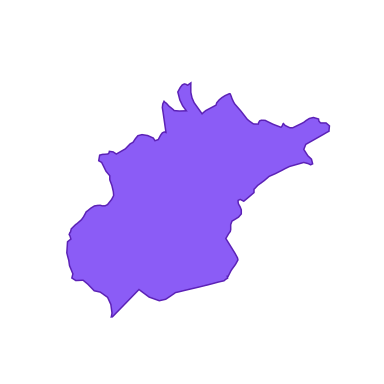 outline of Tamy Al-Amdid, Ad Daqahliyah, Egypt, rotated 139°
{"feature_id": "37247803B352337860507", "entity_name": "Tamy Al-Amdid", "entity_type": "district", "adm_level": 2, "iso_a3": "EGY", "parent_name": "Egypt", "parent_adm1": "Ad Daqahliyah", "projection": "equal_earth", "projection_center": [31.578, 30.948], "detail": "fine", "context": "isolated", "style": "filled", "palette": "violet", "viewbox_px": 384, "rotation_deg": 139, "n_neighbors": 0, "source": "geoboundaries", "source_scale": "gbopen_adm2", "svg_char_len": 2992}
<svg xmlns="http://www.w3.org/2000/svg" viewBox="0 0 384 384"><g transform="rotate(139 192 192)"><path d="M334.9,150.7L334.0,150.0L313.6,151.7L296.0,153.2L295.7,151.8L293.3,140.8L288.0,131.4L282.2,128.3L276.8,127.6L270.4,126.9L268.2,125.7L261.8,122.4L248.5,115.4L237.3,109.7L230.9,106.6L226.1,104.0L225.0,104.0L223.9,104.0L221.7,103.6L220.7,105.2L220.2,104.6L214.3,107.0L212.1,107.6L206.8,108.8L204.0,109.8L201.9,110.6L200.9,112.4L199.8,117.4L198.3,126.6L197.3,132.8L197.0,134.7L191.7,136.5L189.0,137.1L187.4,138.3L184.2,142.0L180.9,143.8L177.7,143.2L173.4,142.5L169.2,143.1L166.5,146.2L165.4,149.3L164.8,152.4L163.8,154.2L162.7,155.4L160.5,154.8L159.0,151.1L156.8,151.0L149.3,150.9L149.2,150.9L145.6,150.9L143.4,153.4L142.4,153.4L138.1,153.9L129.5,153.2L123.6,153.2L117.8,151.4L117.2,151.2L109.7,149.3L106.5,148.6L101.7,147.3L88.3,141.0L85.7,137.2L84.6,134.7L82.5,134.1L81.9,135.2L80.3,138.4L80.8,143.4L79.7,150.8L74.9,153.3L54.7,149.2L51.9,148.7L48.7,148.0L48.2,148.6L44.9,151.7L45.1,153.3L45.5,156.1L49.7,159.8L49.7,162.3L48.6,164.1L51.5,168.6L55.2,170.5L58.9,171.1L61.6,171.2L64.3,171.8L69.1,173.1L73.9,174.4L76.0,176.3L77.1,178.8L78.1,181.3L78.1,183.7L78.7,183.7L79.7,183.1L81.3,182.5L82.4,182.5L83.2,184.0L86.1,189.4L86.7,190.7L88.8,195.6L89.8,198.1L92.5,200.6L94.1,201.3L96.2,200.7L97.4,199.8L97.8,200.1L100.5,202.6L101.0,203.2L102.1,207.6L102.4,209.4L102.6,210.7L102.0,221.2L102.0,224.3L102.0,230.5L101.5,233.0L100.4,236.7L99.8,238.0L98.8,241.0L99.3,241.7L101.4,242.3L103.6,243.0L107.3,243.6L111.0,243.7L114.8,243.1L116.9,241.8L125.5,243.8L128.1,244.4L131.3,244.5L133.1,244.4L131.8,258.1L130.2,263.1L127.5,268.0L123.2,273.0L122.1,274.2L121.3,275.1L125.3,275.5L125.9,277.3L126.9,278.6L129.1,279.2L132.3,278.6L137.1,276.8L140.8,269.4L142.5,263.2L143.0,257.0L148.4,261.4L152.1,265.2L152.1,266.4L152.6,269.5L153.1,272.0L153.1,275.7L153.6,277.6L153.6,278.8L156.3,277.6L159.0,275.2L161.7,270.9L172.6,254.0L173.5,255.5L175.6,256.1L178.3,255.5L183.1,253.7L186.3,255.0L185.8,258.1L188.4,263.7L192.1,268.1L195.9,270.0L199.6,269.4L203.9,268.2L207.1,268.9L214.1,268.3L224.2,270.3L225.2,274.0L227.7,276.9L229.0,275.9L230.6,275.9L231.6,276.6L233.2,277.8L234.8,279.1L237.5,280.4L241.9,276.8L240.8,273.6L241.6,270.4L243.3,264.0L243.3,262.5L243.4,258.2L245.9,255.3L246.3,254.5L248.2,249.4L251.2,243.8L253.1,241.2L253.7,240.6L255.3,240.0L257.6,239.1L263.1,238.1L264.0,237.9L266.7,238.6L268.8,240.4L270.0,242.2L272.2,243.9L273.7,244.8L274.8,245.5L279.0,246.2L283.2,246.3L284.7,246.5L286.5,245.8L290.2,244.4L293.6,243.6L295.0,243.6L300.5,243.6L300.9,243.8L304.1,243.6L306.8,243.4L307.3,243.4L310.0,241.5L310.7,241.5L312.6,240.5L313.0,238.7L314.3,235.9L315.2,236.0L318.6,236.1L326.4,228.2L328.1,224.9L329.5,222.0L329.8,221.3L331.9,218.1L332.8,216.7L334.5,211.6L335.6,208.4L336.4,207.8L337.0,207.4L339.1,205.9L337.8,201.4L332.1,196.9L331.1,190.9L330.6,181.6L328.6,178.9L326.9,176.6L324.8,167.9L327.0,160.4L331.8,153.1L334.4,151.0L334.9,150.7Z" fill="#8b5cf6" stroke="#5b21b6" stroke-width="1.5"/></g></svg>